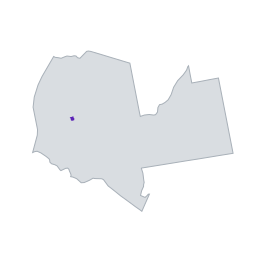 Santo Domingo Xenacoj, Sacatepéquez, Guatemala shown in context, rotated 79°
{"feature_id": "79465075B12925018589584", "entity_name": "Santo Domingo Xenacoj", "entity_type": "district", "adm_level": 2, "iso_a3": "GTM", "parent_name": "Guatemala", "parent_adm1": "Sacatepéquez", "projection": "robinson", "projection_center": [-90.711, 14.68], "detail": "fine", "context": "in_parent", "style": "filled", "palette": "violet", "viewbox_px": 256, "rotation_deg": 79, "n_neighbors": 0, "source": "geoboundaries", "source_scale": "gbopen_adm2", "svg_char_len": 1990}
<svg xmlns="http://www.w3.org/2000/svg" viewBox="0 0 256 256"><g transform="rotate(79 128 128)"><path d="M43.6,187.3L44.7,186.1L45.6,183.3L46.8,180.3L46.1,176.9L45.7,174.2L47.0,170.2L46.8,167.2L47.4,165.3L49.4,164.1L50.4,161.9L44.9,154.0L44.9,152.2L45.7,150.0L50.1,141.5L55.4,131.5L61.2,120.5L64.7,113.8L77.4,113.8L85.9,113.8L96.6,113.8L108.2,113.8L115.8,113.8L119.0,113.7L118.4,109.4L118.8,104.6L120.2,100.3L120.2,98.4L118.0,96.0L113.6,94.7L111.1,92.6L111.1,90.0L110.0,86.8L107.9,83.1L103.5,79.3L96.7,75.4L91.0,70.2L86.3,63.6L82.3,59.4L79.2,57.6L78.5,56.7L87.5,56.8L96.0,56.8L96.1,47.4L96.1,39.1L96.2,29.7L111.6,29.7L130.0,29.7L149.1,29.7L164.1,29.7L172.9,29.7L172.5,41.4L172.1,55.0L171.8,64.9L171.3,78.2L170.9,91.8L170.3,110.3L169.9,122.3L170.1,122.6L175.1,122.0L182.5,122.5L184.4,122.5L186.6,123.5L188.4,123.9L192.2,126.6L196.6,128.6L199.4,124.5L197.9,122.0L196.8,120.7L197.0,119.6L212.4,130.3L210.6,131.9L206.7,135.7L199.6,142.2L193.3,148.1L187.1,153.3L181.6,158.1L181.0,158.6L174.0,161.9L172.8,163.5L171.3,170.2L170.6,171.9L171.9,175.6L173.2,181.4L172.8,184.4L167.9,188.1L165.7,191.4L164.8,193.6L163.9,193.0L162.4,192.9L158.9,193.7L157.2,193.9L155.9,194.8L155.7,196.9L156.6,200.3L157.0,202.0L156.0,202.8L151.7,204.8L150.1,206.8L148.5,209.9L146.6,211.2L144.6,211.0L143.2,211.4L140.3,213.8L135.8,218.3L133.5,221.6L133.4,224.1L133.9,226.3L117.7,218.4L112.3,217.1L89.5,217.2L79.7,214.1L68.6,208.1L61.1,202.6L43.6,187.3Z" fill="#d9dde1" stroke="#a8b0b8" stroke-width="1"/><path d="M106.9,180.1L106.9,180.3L107.0,180.4L107.0,180.5L107.1,180.8L107.1,181.1L107.1,181.5L107.1,181.8L107.1,182.0L107.3,181.9L107.6,181.8L107.9,181.8L108.4,181.8L108.8,181.8L109.1,181.8L109.1,181.7L109.3,181.6L109.5,181.4L109.5,180.9L109.4,180.7L109.4,180.3L109.4,180.0L109.4,179.9L109.1,179.8L108.6,179.7L108.5,180.0L108.4,180.1L108.2,180.1L107.9,180.3L107.8,180.2L107.7,180.2L107.6,180.3L107.6,180.2L107.4,180.2L107.2,180.1L106.9,180.1L106.9,180.1Z" fill="#8b5cf6" stroke="#5b21b6" stroke-width="1.5"/></g></svg>